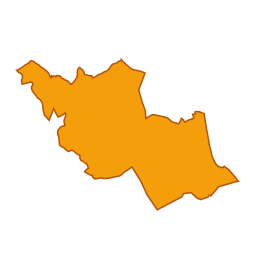 the district of Ibadan North West, Oyo, Nigeria, rotated 168°
{"feature_id": "59680162B17793632216798", "entity_name": "Ibadan North West", "entity_type": "district", "adm_level": 2, "iso_a3": "NGA", "parent_name": "Nigeria", "parent_adm1": "Oyo", "projection": "natural_earth1", "projection_center": [3.873, 7.409], "detail": "fine", "context": "isolated", "style": "filled", "palette": "amber", "viewbox_px": 256, "rotation_deg": 168, "n_neighbors": 0, "source": "geoboundaries", "source_scale": "gbopen_adm2", "svg_char_len": 4819}
<svg xmlns="http://www.w3.org/2000/svg" viewBox="0 0 256 256"><g transform="rotate(168 128 128)"><path d="M146.3,82.9L144.2,83.6L143.8,83.7L142.6,84.8L140.9,85.5L139.1,86.4L137.7,86.8L136.0,87.4L134.1,88.2L132.2,89.0L126.8,74.2L123.1,58.4L116.4,41.9L89.8,49.4L87.1,52.4L79.6,51.5L74.9,44.9L71.8,42.9L64.0,43.8L63.0,45.4L61.2,44.3L51.5,51.7L35.0,53.0L31.1,53.0L32.1,54.5L33.2,57.4L38.0,66.1L41.9,70.6L43.6,69.5L47.4,71.3L49.8,75.0L51.7,82.9L51.7,89.8L52.0,94.6L51.7,99.5L51.4,106.5L51.4,110.4L51.1,114.5L51.1,116.9L50.8,122.1L50.6,126.4L52.0,127.0L54.3,128.8L57.2,129.8L58.9,129.9L59.6,127.6L62.0,128.0L61.5,124.0L64.0,123.5L66.7,123.3L71.2,122.0L72.7,125.3L73.8,126.4L74.9,124.6L76.3,122.7L77.7,121.5L79.2,122.5L81.3,123.4L83.2,124.6L84.7,126.1L86.4,128.8L88.9,130.7L91.9,132.0L93.0,132.5L96.8,134.3L99.9,135.6L101.5,135.9L105.4,134.8L108.6,133.7L107.5,141.2L108.8,151.1L109.6,163.1L99.9,178.2L102.4,180.0L106.0,181.9L111.3,184.2L114.0,187.0L116.6,190.6L117.9,192.4L119.5,194.7L120.3,196.3L120.4,195.9L120.6,195.7L121.4,195.4L122.0,195.3L122.7,195.2L123.4,195.1L123.9,194.9L124.3,194.6L124.7,194.1L125.8,194.0L126.2,193.9L126.9,193.8L127.7,193.8L129.2,193.7L130.2,193.4L130.3,193.3L131.2,192.6L132.0,192.0L132.8,191.1L133.6,190.4L134.5,189.7L135.0,189.1L135.9,188.6L137.1,188.3L138.1,187.9L138.5,187.9L139.6,187.9L140.3,187.6L141.3,187.2L142.3,186.8L143.3,186.7L145.7,186.2L146.9,185.9L147.9,185.3L149.5,184.9L151.6,184.4L152.2,184.5L152.5,185.1L152.5,185.8L152.4,186.1L152.4,186.4L153.2,186.7L154.7,187.2L156.4,187.9L156.6,188.0L157.5,188.5L159.4,189.3L159.4,189.7L159.4,190.7L159.4,191.4L159.6,192.4L160.0,193.5L160.7,194.5L161.6,195.8L162.9,197.4L163.8,196.8L165.1,195.5L165.7,194.1L166.2,191.9L166.6,190.1L167.1,188.9L167.7,188.0L169.6,186.1L172.3,183.7L174.8,182.5L175.1,182.8L175.8,184.2L176.5,185.5L176.9,186.2L177.4,186.6L178.7,187.6L179.6,188.2L180.9,189.3L182.0,190.2L182.5,190.8L182.9,191.8L183.2,192.7L183.4,192.7L183.6,192.8L184.0,193.0L184.3,193.2L184.6,193.2L184.7,193.4L185.1,193.7L185.3,193.8L185.8,194.0L186.1,194.0L186.9,194.1L187.2,194.1L187.3,193.9L187.5,193.7L187.6,193.4L187.8,193.1L188.1,193.2L188.3,193.5L188.7,194.0L189.0,194.1L189.5,194.2L190.1,194.2L190.6,194.2L190.8,194.0L191.0,193.8L192.0,194.9L192.1,194.7L192.6,193.8L192.8,193.2L193.3,193.5L193.2,194.0L193.4,194.6L193.9,195.8L193.9,196.5L194.1,197.5L195.0,199.4L196.1,201.1L197.1,202.2L197.6,202.7L197.9,203.2L198.2,203.5L198.6,203.9L199.0,204.4L199.7,205.0L200.2,205.6L200.7,206.1L200.9,206.3L201.2,206.8L201.6,207.3L201.8,207.7L202.0,208.0L202.5,208.6L203.7,209.6L204.7,210.6L205.6,211.7L206.6,212.8L207.3,213.1L207.4,213.3L207.6,213.4L207.7,213.5L207.8,213.6L208.3,213.7L209.0,214.1L209.2,213.8L209.5,213.6L210.0,213.3L210.8,212.8L211.6,212.3L212.3,212.0L213.5,211.6L214.7,211.3L215.8,210.8L217.3,210.2L218.2,209.7L219.3,209.3L220.9,208.6L221.9,208.3L222.9,208.0L223.7,207.8L224.4,207.6L224.9,207.7L224.7,207.2L224.4,206.9L224.3,206.5L223.8,205.8L222.8,204.5L221.9,204.0L221.0,203.0L220.7,202.5L220.5,202.0L220.6,200.4L220.9,199.0L221.1,198.5L222.0,197.1L222.4,195.6L222.4,192.8L220.5,192.9L218.4,192.9L215.0,193.2L212.8,192.9L212.3,192.5L212.0,192.3L212.1,191.3L212.2,190.6L212.3,190.0L212.5,189.7L213.0,189.2L213.5,188.7L213.7,188.3L213.9,187.9L213.9,187.4L214.0,187.0L214.0,185.7L213.9,184.8L213.8,184.2L213.6,183.7L213.2,182.8L212.7,181.7L212.5,181.3L212.3,180.9L212.0,180.4L211.1,178.3L210.4,176.8L210.0,176.0L209.6,175.5L208.7,174.6L207.9,173.6L207.6,172.9L207.3,172.2L206.9,171.3L206.8,170.5L206.7,169.8L206.6,168.7L206.8,167.8L206.9,166.6L207.0,165.7L207.0,165.1L207.1,164.8L207.1,164.2L207.1,162.8L207.1,160.4L207.0,158.3L207.0,157.8L206.5,157.0L205.8,155.8L204.3,153.2L203.5,151.9L196.6,162.5L195.1,156.0L194.1,153.3L191.5,153.7L187.5,155.1L186.8,155.4L186.3,155.8L186.2,155.2L186.1,154.8L186.1,154.1L186.4,153.2L186.9,152.1L187.8,150.6L188.4,149.8L189.2,148.0L189.2,147.5L189.3,146.3L189.3,143.4L189.9,143.5L190.9,143.3L191.8,143.3L192.7,143.2L193.9,142.8L194.1,142.8L194.9,142.1L196.0,141.0L196.7,140.3L197.3,139.6L197.6,139.1L197.8,138.3L197.8,137.5L197.9,136.9L198.1,136.5L197.8,135.7L197.7,134.1L197.7,131.9L198.2,128.7L198.4,126.0L198.0,124.9L197.3,123.9L196.1,123.0L195.1,122.1L194.3,121.3L193.6,120.1L192.5,118.7L191.7,117.9L191.0,117.4L190.4,117.3L189.0,118.0L187.8,117.9L186.2,117.1L185.3,115.9L184.2,114.5L183.3,113.2L182.2,112.1L180.8,111.5L181.0,109.9L181.4,108.5L180.7,105.9L180.2,105.8L179.6,105.4L178.5,104.2L177.8,103.2L176.6,101.9L175.8,101.7L175.4,99.3L175.2,97.5L175.1,96.8L176.6,96.4L178.2,95.4L178.6,95.1L179.5,94.2L177.7,92.4L177.1,91.9L175.4,90.4L174.6,89.9L172.5,88.8L172.9,87.7L172.8,87.3L171.6,86.4L171.8,85.9L171.8,85.5L170.7,85.1L169.9,85.0L168.2,84.8L166.8,85.0L165.2,84.8L164.1,84.8L163.6,84.4L162.6,83.7L158.1,82.9L146.3,82.9Z" fill="#f59e0b" stroke="#b45309" stroke-width="1.5"/></g></svg>